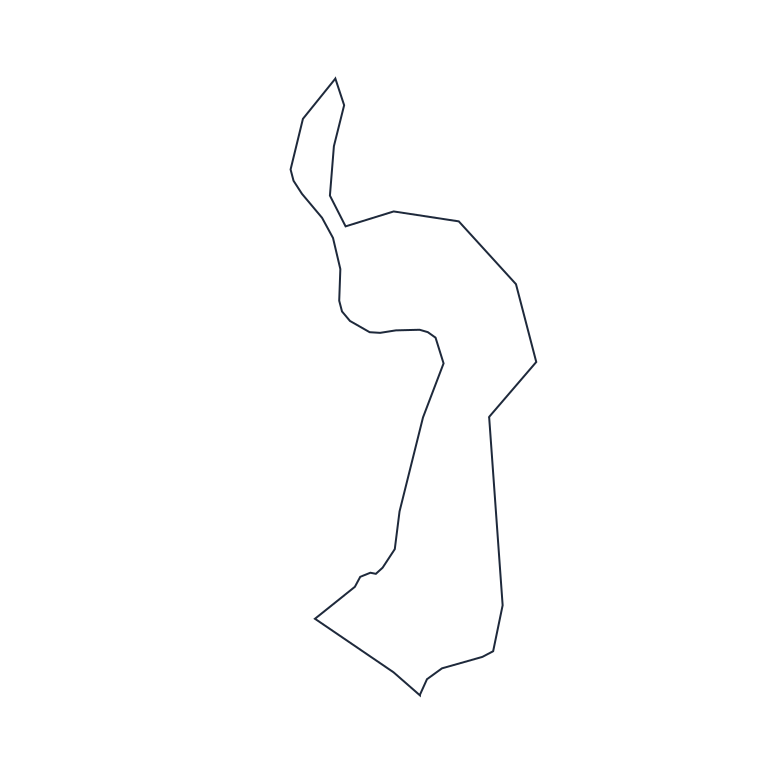 the Municipality of Kostel, rotated 245°
{"feature_id": "SVN-245", "entity_name": "Kostel", "entity_type": "Municipality", "adm_level": 1, "iso_a3": "SVN", "parent_name": "Slovenia", "parent_adm1": "", "projection": "robinson", "projection_center": [14.82, 45.528], "detail": "fine", "context": "isolated", "style": "outline", "palette": "slate", "viewbox_px": 768, "rotation_deg": 245, "n_neighbors": 0, "source": "natural_earth", "source_scale": "10m", "svg_char_len": 749}
<svg xmlns="http://www.w3.org/2000/svg" viewBox="0 0 768 768"><g transform="rotate(245 384 384)"><path d="M681.4,469.0L653.5,465.7L620.7,439.1L577.6,414.6L543.1,415.8L536.3,465.7L499.8,520.5L418.7,545.8L339.6,531.3L309.9,465.7L309.7,465.6L309.5,465.2L309.3,465.2L133.3,398.0L95.7,370.0L95.1,357.9L101.8,316.4L98.3,298.2L87.3,285.4L86.6,285.0L118.7,270.8L200.4,222.2L212.5,271.9L219.3,281.0L218.7,291.9L215.4,296.4L218.1,305.1L229.8,324.0L261.9,344.2L337.2,405.2L377.5,446.7L404.2,450.3L412.5,445.6L418.1,439.2L427.6,417.4L432.0,402.1L437.0,392.9L455.5,379.8L467.5,376.6L478.4,378.6L506.6,393.0L537.9,399.5L560.8,398.1L591.1,390.0L606.4,387.9L617.9,390.0L658.6,422.6L681.1,468.5L681.4,469.0Z" fill="none" stroke="#1e293b" stroke-width="2"/></g></svg>